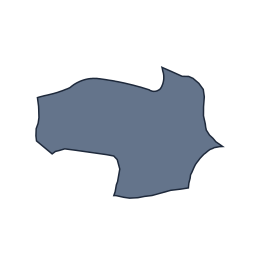 Dumyat 1, Dumyat, Egypt (Robinson projection), rotated 19°
{"feature_id": "37247803B95914699067070", "entity_name": "Dumyat 1", "entity_type": "district", "adm_level": 2, "iso_a3": "EGY", "parent_name": "Egypt", "parent_adm1": "Dumyat", "projection": "robinson", "projection_center": [31.808, 31.407], "detail": "fine", "context": "isolated", "style": "filled", "palette": "slate", "viewbox_px": 256, "rotation_deg": 19, "n_neighbors": 0, "source": "geoboundaries", "source_scale": "gbopen_adm2", "svg_char_len": 2472}
<svg xmlns="http://www.w3.org/2000/svg" viewBox="0 0 256 256"><g transform="rotate(19 128 128)"><path d="M223.5,114.7L215.5,112.4L211.7,110.1L207.4,108.2L205.5,106.7L202.6,104.4L202.4,103.9L201.2,102.0L200.9,101.4L199.8,99.1L195.4,91.9L192.5,83.3L190.0,73.7L186.6,67.0L180.4,62.7L173.3,59.9L168.6,59.5L162.4,61.5L150.4,60.4L140.4,59.6L140.6,59.9L140.9,60.3L141.7,61.7L142.3,62.8L142.5,63.0L143.0,63.7L143.2,64.1L143.5,64.4L143.9,65.2L144.1,65.6L144.3,65.9L144.7,66.7L144.8,67.1L145.0,67.5L145.3,68.3L145.4,68.7L145.6,69.1L145.8,69.9L145.9,70.3L146.0,70.7L146.2,71.6L146.2,72.0L146.3,72.4L146.4,73.2L146.4,73.7L146.5,74.1L146.5,74.9L146.5,75.4L146.5,75.8L146.4,76.6L146.4,77.0L146.4,77.4L146.4,77.5L146.3,78.3L146.2,78.7L146.1,79.2L145.9,80.0L145.9,80.3L145.6,80.7L145.4,81.2L145.0,81.6L144.7,82.1L144.3,82.5L143.9,82.9L143.5,83.3L143.3,83.5L143.1,83.6L142.6,84.0L142.4,84.1L142.2,84.2L141.7,84.5L141.1,84.7L140.6,84.9L140.1,85.1L139.5,85.2L139.0,85.3L138.4,85.3L137.9,85.3L137.6,85.3L137.3,85.3L136.8,85.3L136.2,85.2L135.7,85.0L126.1,85.3L125.8,85.4L125.4,85.4L122.3,85.6L119.2,85.8L116.1,86.1L113.0,86.4L109.9,86.7L106.7,87.1L103.6,87.5L100.5,88.0L100.3,88.0L100.0,88.0L97.5,88.4L94.4,89.0L91.3,89.5L88.2,90.1L85.1,90.7L84.2,90.9L83.9,91.0L82.8,91.2L81.7,91.5L80.7,91.9L79.6,92.2L78.5,92.6L77.5,93.1L76.4,93.5L75.4,94.0L74.4,94.5L73.4,95.1L72.4,95.7L71.5,96.3L70.5,97.0L69.6,97.7L68.7,98.4L67.9,99.1L67.0,99.9L66.6,100.3L66.2,100.7L65.4,101.5L65.0,101.9L64.6,102.3L63.9,103.2L63.5,103.6L63.1,104.1L62.4,105.0L62.1,105.5L61.8,105.9L61.1,106.9L60.8,107.4L60.5,107.9L60.0,108.7L59.7,109.0L59.4,109.3L57.9,110.7L56.3,112.0L54.7,113.4L53.1,114.7L51.5,115.9L49.9,117.2L48.2,118.4L46.5,119.6L44.8,120.7L43.1,121.8L41.4,122.9L39.6,124.0L38.4,124.7L37.1,125.6L35.1,126.9L33.1,128.3L32.7,128.7L32.5,128.8L36.3,136.4L37.5,139.4L40.4,147.1L41.5,152.8L41.4,158.5L43.5,165.4L45.7,170.0L64.7,177.2L67.0,173.8L70.4,171.6L75.0,168.3L85.2,166.2L116.7,160.1L116.8,160.1L123.6,159.1L128.1,161.4L133.6,169.5L135.6,182.1L135.5,185.5L136.6,192.4L136.6,196.5L138.7,195.8L146.6,194.9L152.3,193.8L160.2,190.6L165.9,187.3L172.7,184.0L188.7,173.0L197.8,168.6L204.6,165.0L204.2,163.4L203.5,160.3L203.1,155.3L202.4,151.9L202.8,149.2L203.2,144.2L203.5,141.6L203.6,141.1L203.6,140.7L204.4,138.0L205.2,135.7L205.9,133.4L207.1,130.7L208.3,128.1L209.4,126.5L211.0,123.8L212.5,121.6L214.8,119.7L215.9,118.5L218.6,117.0L220.5,115.9L223.5,114.7Z" fill="#64748b" stroke="#1e293b" stroke-width="1.5"/></g></svg>